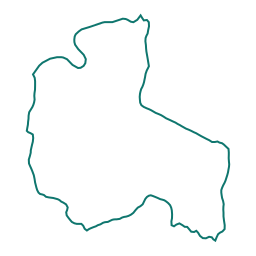 Capinópolis, Minas Gerais, Brazil
{"feature_id": "56859067B52140573071662", "entity_name": "Capinópolis", "entity_type": "district", "adm_level": 2, "iso_a3": "BRA", "parent_name": "Brazil", "parent_adm1": "Minas Gerais", "projection": "equal_earth", "projection_center": [-49.565, -18.674], "detail": "fine", "context": "isolated", "style": "outline", "palette": "teal", "viewbox_px": 256, "rotation_deg": 0, "n_neighbors": 0, "source": "geoboundaries", "source_scale": "gbopen_adm2", "svg_char_len": 3149}
<svg xmlns="http://www.w3.org/2000/svg" viewBox="0 0 256 256"><path d="M140.6,15.4L137.3,19.8L133.4,22.2L130.8,21.7L127.6,19.8L125.7,19.0L122.8,18.7L120.4,19.5L112.5,22.1L109.6,22.1L104.8,22.1L102.4,22.6L89.5,27.0L81.6,29.4L78.7,31.5L75.7,34.3L74.7,36.5L74.3,39.5L74.4,42.1L75.1,44.7L78.2,49.1L83.7,54.8L85.8,59.1L85.3,63.2L83.6,65.9L80.6,67.8L78.0,68.0L72.5,64.9L67.0,59.2L63.2,57.5L61.4,57.2L57.0,57.2L50.1,58.7L42.5,62.7L39.2,65.7L33.0,74.4L34.7,77.8L35.1,81.2L35.1,85.4L35.0,89.8L34.5,93.1L34.3,95.9L34.6,99.6L34.1,102.4L33.4,104.7L32.4,107.0L30.8,109.6L29.2,112.2L28.6,115.7L28.5,118.8L28.1,121.8L27.9,124.7L27.3,127.9L26.8,130.8L28.2,132.2L30.4,133.1L32.8,134.5L33.2,138.0L32.8,141.8L32.1,144.5L31.4,147.6L30.8,150.3L30.7,152.8L29.9,156.0L28.8,159.6L29.0,163.5L30.2,166.3L31.2,168.5L32.4,171.4L33.8,175.2L34.6,179.1L35.1,182.5L35.7,184.8L36.4,187.6L37.2,190.1L38.5,192.6L40.1,194.0L42.0,194.4L43.9,195.0L46.0,196.8L48.8,197.4L51.1,197.7L53.3,198.0L55.5,198.6L57.7,199.2L59.5,200.1L61.2,201.6L63.3,202.6L66.1,204.4L67.7,207.4L67.1,210.1L66.2,212.3L66.7,215.4L68.6,218.0L70.2,220.0L71.8,221.9L74.4,223.3L76.9,223.9L78.8,223.9L81.4,223.9L83.2,225.7L84.7,228.8L86.9,230.5L89.1,229.0L91.1,228.1L93.6,227.1L95.9,226.3L97.8,225.2L100.5,224.3L103.0,222.8L104.9,222.2L107.9,221.9L110.3,220.7L112.2,219.8L114.0,219.4L116.7,219.3L119.7,218.9L122.2,217.5L124.2,216.9L126.2,216.6L128.5,215.9L130.9,214.7L133.3,212.9L135.7,209.9L137.8,207.6L140.4,206.2L142.7,204.3L144.3,201.0L145.4,198.8L147.0,196.9L148.9,195.7L150.8,195.3L152.9,196.0L155.4,197.0L157.8,198.0L160.1,199.1L162.5,199.7L164.4,200.3L166.2,201.5L168.2,203.1L170.1,205.2L171.2,207.7L171.8,210.3L172.1,214.3L172.0,218.2L171.4,221.3L171.6,225.2L174.0,226.3L176.3,224.6L179.4,223.4L182.5,225.2L184.7,226.8L187.2,226.9L189.0,229.0L191.2,231.7L194.1,232.0L196.3,230.8L198.1,232.7L200.0,235.9L202.8,238.1L205.9,238.3L209.1,236.8L211.8,237.3L213.3,239.3L215.3,240.6L216.6,237.3L218.1,234.2L220.1,232.6L222.4,231.5L224.6,229.1L224.7,225.2L224.0,220.6L223.5,216.4L223.5,212.7L223.3,209.7L223.4,206.7L223.7,204.2L223.1,201.0L222.1,198.0L221.7,195.6L221.3,192.7L221.3,190.1L222.1,187.8L223.2,185.3L224.5,182.9L225.5,180.6L226.4,177.8L227.3,175.0L228.0,172.4L228.5,169.4L229.0,166.8L229.2,164.3L228.9,161.2L228.7,158.1L228.8,154.8L228.8,152.3L228.5,148.9L225.7,146.3L223.8,144.5L222.0,143.2L219.5,142.6L217.5,141.5L214.9,142.0L212.0,142.0L209.2,140.2L206.3,138.8L204.0,137.6L201.3,136.2L198.5,134.6L196.1,133.2L193.8,132.2L191.3,130.9L188.7,129.7L185.9,128.6L183.3,127.1L181.5,126.1L179.9,125.1L177.7,124.0L175.5,122.6L172.8,121.4L170.1,120.1L167.9,119.1L166.1,118.3L163.7,116.7L161.2,115.2L159.2,114.3L157.5,113.6L155.7,112.9L153.5,111.6L150.9,110.1L149.0,109.2L146.7,108.3L143.7,106.9L141.4,105.2L140.2,102.7L139.9,99.7L139.7,96.9L140.0,93.7L140.5,91.4L141.2,89.0L142.3,87.0L143.3,84.5L144.0,82.2L144.5,79.7L145.0,77.4L145.6,73.8L146.8,70.4L147.9,68.3L148.9,66.2L148.4,63.2L147.7,58.9L147.0,54.9L146.4,51.5L146.1,48.6L145.9,45.1L145.4,41.3L145.6,38.0L146.5,35.6L147.6,33.6L148.2,30.0L149.0,26.3L148.8,22.2L146.9,20.0L143.8,20.4L142.0,17.7L140.6,15.4Z" fill="none" stroke="#0f766e" stroke-width="2"/></svg>